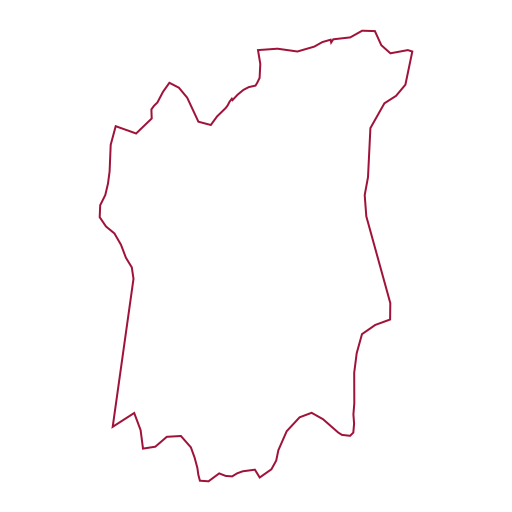 Osun, Equal Earth projection
{"feature_id": "NGA-2855", "entity_name": "Osun", "entity_type": "State", "adm_level": 1, "iso_a3": "NGA", "parent_name": "Nigeria", "parent_adm1": "", "projection": "equal_earth", "projection_center": [4.53, 7.53], "detail": "fine", "context": "isolated", "style": "outline", "palette": "rose", "viewbox_px": 512, "rotation_deg": 0, "n_neighbors": 0, "source": "natural_earth", "source_scale": "10m", "svg_char_len": 1297}
<svg xmlns="http://www.w3.org/2000/svg" viewBox="0 0 512 512"><path d="M143.0,448.6L140.6,430.1L134.2,413.0L112.7,426.8L133.5,278.8L131.8,267.4L125.9,257.7L121.0,244.8L114.4,233.4L106.0,226.5L99.7,217.2L100.2,205.2L105.3,195.0L108.0,183.5L109.6,171.4L110.7,144.8L115.7,126.2L136.1,133.5L151.7,118.5L151.4,109.4L154.0,105.8L157.4,102.5L163.0,91.8L169.4,82.8L178.9,87.7L187.2,97.7L198.4,121.7L210.8,125.0L217.0,116.5L225.8,107.9L227.6,105.5L229.5,101.8L231.8,98.8L232.5,100.1L237.7,94.6L243.4,89.9L248.8,87.1L255.5,85.6L257.1,83.0L259.6,77.9L260.3,64.0L258.0,50.1L277.5,48.7L297.4,51.5L314.3,46.6L322.3,42.1L330.6,39.7L331.2,42.5L333.3,39.3L350.2,37.4L362.2,30.7L374.9,31.1L381.3,45.2L390.4,53.3L407.8,50.1L412.3,51.5L405.4,84.7L396.0,95.9L384.4,103.3L370.4,128.1L368.0,177.2L364.7,195.1L366.3,216.3L390.3,303.1L390.1,319.5L375.3,324.9L362.0,334.1L356.7,353.2L354.2,372.7L354.3,403.4L353.4,414.4L354.1,423.7L353.3,432.6L350.1,435.8L342.0,434.9L338.3,432.6L323.0,419.2L311.6,412.8L299.6,417.3L286.7,431.2L278.4,450.1L276.2,460.6L271.4,469.3L259.7,477.5L254.9,469.7L242.7,471.3L237.2,473.3L232.1,476.4L225.6,475.9L219.2,473.4L208.5,481.3L199.9,480.7L198.3,474.6L197.4,468.1L194.6,457.6L190.9,447.4L180.9,436.0L166.8,436.8L155.3,446.7L143.0,448.6Z" fill="none" stroke="#9f1239" stroke-width="2"/></svg>